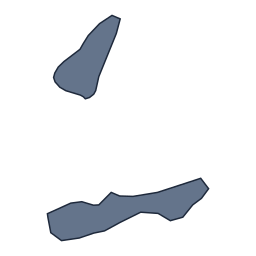 SVG path tracing the border of Dili
{"feature_id": "TLS-541", "entity_name": "Dili", "entity_type": "District", "adm_level": 1, "iso_a3": "TLS", "parent_name": "East Timor", "parent_adm1": "", "projection": "orthographic", "projection_center": [125.612, -8.381], "detail": "fine", "context": "isolated", "style": "filled", "palette": "slate", "viewbox_px": 256, "rotation_deg": 0, "n_neighbors": 0, "source": "natural_earth", "source_scale": "10m", "svg_char_len": 668}
<svg xmlns="http://www.w3.org/2000/svg" viewBox="0 0 256 256"><path d="M47.4,213.7L70.8,203.1L81.8,201.7L93.5,205.2L98.8,204.9L111.2,192.4L119.6,196.0L133.0,196.4L157.5,192.4L200.7,178.3L208.6,188.7L201.5,198.3L192.7,204.9L182.8,217.2L171.3,220.4L170.4,220.7L158.1,213.4L140.7,212.2L119.9,222.5L104.5,230.9L93.7,233.1L79.3,238.0L61.5,240.6L57.3,237.5L50.8,232.7L48.0,217.9L47.4,213.7ZM83.3,43.5L88.3,35.5L99.6,23.6L112.0,15.4L120.2,18.9L116.3,33.5L98.8,76.6L95.7,90.6L93.7,94.2L89.5,97.5L85.3,98.8L83.4,96.8L80.4,95.1L65.8,90.7L59.9,87.3L55.1,81.9L53.6,77.5L54.8,73.0L58.3,67.0L64.0,61.5L80.0,49.3L83.3,43.5Z" fill="#64748b" stroke="#1e293b" stroke-width="1.5"/></svg>